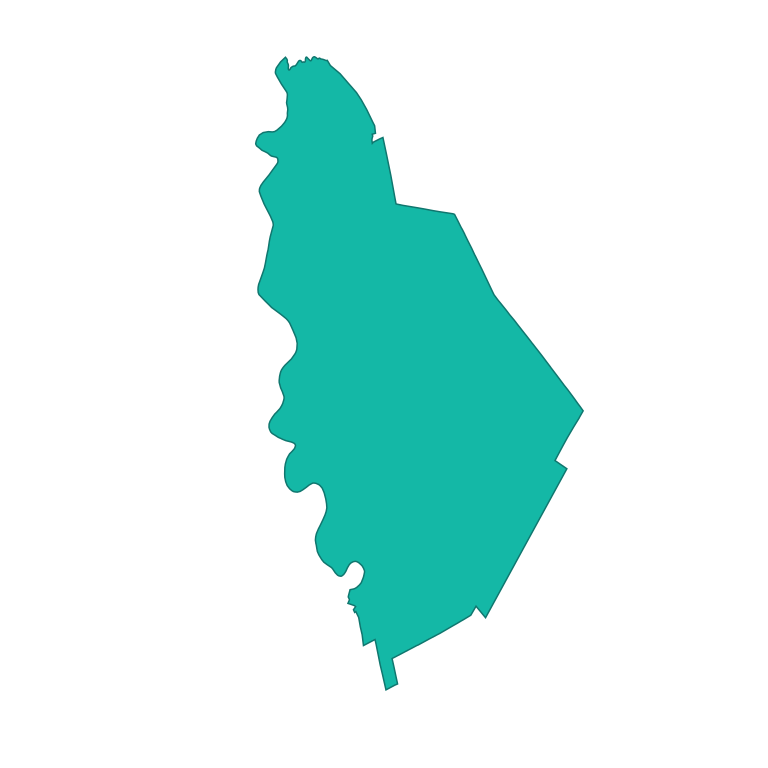 Duc Hoa, Long An, Vietnam (Equal Earth projection), rotated 18°
{"feature_id": "81297802B22890149890322", "entity_name": "Duc Hoa", "entity_type": "district", "adm_level": 2, "iso_a3": "VNM", "parent_name": "Vietnam", "parent_adm1": "Long An", "projection": "equal_earth", "projection_center": [106.359, 10.884], "detail": "fine", "context": "isolated", "style": "filled", "palette": "teal", "viewbox_px": 768, "rotation_deg": 18, "n_neighbors": 0, "source": "geoboundaries", "source_scale": "gbopen_adm2", "svg_char_len": 5964}
<svg xmlns="http://www.w3.org/2000/svg" viewBox="0 0 768 768"><g transform="rotate(18 384 384)"><path d="M489.6,665.1L489.5,664.9L486.0,658.9L481.7,651.4L480.0,648.5L476.5,642.6L489.2,629.6L489.5,629.3L493.3,625.4L496.2,622.4L497.0,621.8L500.6,618.0L505.7,612.6L511.9,606.2L514.2,603.9L515.6,602.3L516.6,601.2L517.5,600.2L520.7,596.6L524.0,592.9L526.3,590.4L527.4,589.2L530.8,585.3L532.2,583.8L538.0,577.1L540.2,566.9L552.8,574.9L566.7,500.7L575.8,452.3L584.1,408.1L570.3,404.0L571.5,397.1L573.3,387.1L575.0,378.2L577.7,366.0L580.0,356.5L580.1,356.1L580.2,355.2L581.7,348.0L577.4,344.8L574.1,342.5L569.4,339.0L561.1,333.1L560.4,332.6L555.7,329.5L548.2,324.2L539.6,318.2L537.4,316.7L537.1,316.4L532.2,313.0L525.8,308.5L519.6,304.3L515.0,301.2L513.9,300.4L512.4,299.5L510.7,298.3L506.0,295.1L500.3,291.3L492.7,286.2L488.2,283.1L482.1,279.3L477.5,276.1L470.0,271.2L466.5,269.0L461.4,265.4L461.0,265.1L456.9,260.8L451.9,255.5L446.6,249.9L441.3,244.3L439.8,242.8L436.3,239.2L431.2,233.9L430.5,233.3L425.5,227.9L420.1,222.5L419.4,221.8L414.3,216.5L414.3,216.4L410.6,212.7L409.1,211.4L404.1,206.3L398.7,200.9L397.9,200.8L397.0,200.8L396.9,200.8L384.2,202.9L376.8,204.0L369.0,205.0L367.5,205.2L360.5,206.2L346.6,208.3L340.2,209.0L339.9,209.0L339.7,208.9L339.2,207.9L336.9,203.7L331.2,193.1L326.5,184.4L325.9,183.3L323.4,178.9L323.0,178.2L315.0,164.1L306.8,149.9L306.6,150.1L304.6,151.8L303.1,153.3L301.8,154.6L299.5,156.9L298.9,157.8L298.5,158.7L297.8,157.2L297.1,155.8L297.1,155.6L296.8,154.3L296.7,151.7L295.6,150.1L298.4,148.2L295.3,141.3L292.4,138.4L282.7,128.3L274.6,120.8L267.7,115.3L256.8,108.8L246.4,102.5L234.6,97.7L230.0,93.7L229.7,93.9L229.5,94.1L229.3,94.2L228.6,94.2L227.7,94.2L226.6,94.1L225.7,94.1L224.8,94.2L224.0,94.3L223.5,94.4L222.8,94.2L222.6,94.1L222.3,94.0L222.1,94.0L221.7,94.1L221.4,94.5L221.1,94.9L220.9,95.1L220.6,95.2L220.2,95.2L219.9,95.1L218.8,94.7L217.7,94.4L217.1,94.3L216.6,94.3L216.1,94.6L215.9,94.8L215.6,95.2L215.4,95.5L215.1,96.4L215.0,97.6L214.8,98.8L214.5,99.2L214.3,99.3L213.7,99.3L213.2,99.0L212.2,98.5L210.9,97.8L210.0,97.3L209.7,97.1L209.3,97.1L209.1,97.1L208.9,97.4L208.8,97.7L208.8,98.1L208.8,98.7L208.9,99.3L209.1,99.9L209.3,100.4L209.4,101.5L209.3,102.0L209.1,102.3L208.9,102.5L208.6,102.6L208.3,102.6L207.9,102.6L207.7,102.7L207.4,102.9L207.0,103.3L206.7,103.3L206.4,103.2L206.2,103.0L205.9,102.8L205.6,102.6L205.3,102.4L205.0,102.2L204.4,102.2L204.1,102.2L203.8,102.4L203.5,102.7L203.2,103.0L203.0,103.4L202.6,105.0L202.0,107.4L201.6,108.2L201.4,108.7L201.1,109.0L200.7,109.2L200.2,109.4L199.7,109.7L199.2,110.0L198.6,110.7L198.2,111.2L197.9,111.6L197.7,112.0L197.6,112.6L197.5,113.1L197.4,113.6L197.3,114.0L197.1,114.4L196.9,114.6L196.7,114.7L196.2,114.6L195.9,114.3L195.6,113.8L195.4,113.3L195.1,112.1L194.9,111.2L194.6,110.4L194.4,110.0L193.9,109.3L193.4,108.8L192.8,108.1L192.5,107.8L192.3,107.2L192.2,106.5L191.8,105.7L191.2,105.0L190.5,104.5L189.3,103.7L186.1,109.6L184.0,116.4L183.9,118.3L184.3,121.0L184.9,122.2L187.7,125.0L193.8,130.5L199.0,134.6L201.6,136.7L202.4,138.0L202.8,139.0L203.3,141.0L203.8,143.2L204.2,145.4L204.4,146.6L205.2,148.1L206.8,150.7L207.7,152.8L208.4,156.3L209.0,157.9L209.3,158.8L209.5,160.4L209.5,161.9L209.2,163.7L208.7,165.9L206.9,170.4L203.8,175.6L202.0,177.7L199.9,178.8L196.1,179.7L191.4,182.2L188.5,185.7L188.5,185.8L187.6,189.3L187.4,192.4L187.7,195.0L188.1,195.7L189.3,196.9L192.9,198.2L195.6,199.4L198.9,199.8L202.0,200.3L205.5,201.8L206.9,202.0L209.3,201.8L211.4,201.6L212.7,202.0L213.5,202.9L214.4,205.1L214.5,206.6L214.0,208.5L212.0,214.6L210.1,220.6L206.8,229.1L205.6,233.0L205.3,235.5L205.3,237.1L206.0,239.6L208.7,243.2L214.3,249.8L216.6,252.1L224.0,259.4L228.2,264.2L229.2,266.1L229.7,267.5L229.8,269.9L230.3,279.1L230.8,283.3L232.3,292.3L232.4,294.1L232.8,298.0L233.0,299.4L233.9,306.0L234.4,310.7L234.4,314.9L234.1,325.7L234.0,327.9L234.4,330.9L235.0,333.2L236.1,335.9L237.5,337.6L241.6,339.8L245.3,341.8L250.5,344.4L253.5,346.0L254.2,346.2L264.3,349.6L270.6,352.0L272.6,353.1L272.8,353.2L275.4,355.1L280.7,360.9L286.1,367.2L288.9,372.2L290.3,377.7L290.4,379.3L290.3,381.5L289.9,383.3L288.2,388.8L284.0,396.8L283.0,399.3L282.2,402.1L282.0,403.8L282.0,405.4L282.3,408.8L283.2,413.0L283.9,415.0L285.8,417.9L286.9,419.6L289.6,422.6L291.5,425.1L292.7,426.7L292.8,426.8L293.3,428.2L293.5,429.1L293.6,430.2L293.7,433.7L293.4,436.2L292.6,439.6L290.6,444.0L289.4,446.3L288.1,450.3L287.2,454.2L287.1,455.4L287.1,457.6L288.0,460.7L289.1,462.4L291.1,464.6L292.9,465.6L296.6,466.5L299.9,467.4L303.0,467.7L304.1,467.9L308.2,468.2L313.9,467.8L316.1,468.0L317.0,468.2L317.8,468.6L318.4,469.2L318.8,469.8L318.9,470.3L318.9,471.1L318.9,472.1L318.7,473.4L317.3,476.7L315.8,479.6L315.2,482.4L314.7,485.6L314.9,490.5L315.5,494.0L317.3,500.2L318.6,503.6L320.7,507.3L323.3,510.5L326.6,512.8L329.3,513.9L331.1,514.3L332.9,514.1L335.0,513.6L337.4,512.1L339.5,509.7L342.0,506.3L344.1,503.1L345.6,501.5L346.8,500.3L348.1,499.8L350.0,499.5L353.0,499.8L354.8,500.5L357.5,502.2L360.7,505.9L364.2,511.4L366.4,515.7L367.9,519.4L368.4,523.0L368.4,526.5L367.9,531.7L367.0,538.3L366.4,542.0L366.0,546.7L366.0,547.6L366.3,550.6L367.0,553.7L368.5,556.7L369.3,558.0L371.1,561.5L372.4,563.9L374.8,566.6L379.0,570.2L381.9,572.1L385.8,573.4L390.8,574.8L392.3,575.7L396.0,578.6L398.8,580.1L400.1,580.4L401.7,580.3L402.7,580.0L403.2,579.6L404.5,577.7L405.1,575.9L405.6,573.9L406.0,570.1L406.8,566.5L407.8,564.5L409.3,562.8L410.7,561.9L411.9,561.4L413.7,561.4L415.6,561.9L419.1,563.5L421.2,565.3L422.5,566.8L423.1,567.6L423.6,568.7L423.9,571.2L424.1,573.5L424.1,575.3L423.9,578.0L423.8,579.9L422.8,582.6L420.9,585.9L419.6,587.4L418.5,588.3L415.3,590.1L415.6,595.9L415.8,597.6L417.6,599.5L417.8,600.3L417.6,602.4L417.5,603.8L419.8,603.8L424.3,603.9L425.8,604.5L424.7,608.1L426.7,610.3L427.5,609.1L432.1,613.9L433.8,617.1L436.6,622.4L440.7,629.2L445.3,639.1L449.8,634.5L454.4,629.8L456.7,633.6L467.1,652.2L472.0,660.2L480.4,674.3L487.1,667.3L489.6,665.1Z" fill="#14b8a6" stroke="#0f766e" stroke-width="1.5"/></g></svg>